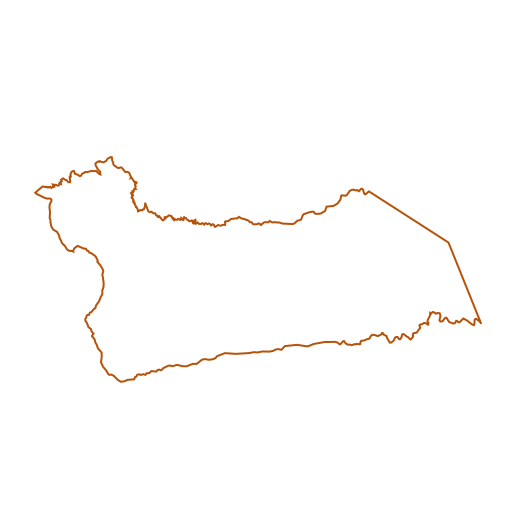 outline of Villavicencio, Meta, Colombia, rotated 338°
{"feature_id": "7082276B6983949832660", "entity_name": "Villavicencio", "entity_type": "district", "adm_level": 2, "iso_a3": "COL", "parent_name": "Colombia", "parent_adm1": "Meta", "projection": "equal_earth", "projection_center": [-73.572, 4.112], "detail": "fine", "context": "isolated", "style": "outline", "palette": "amber", "viewbox_px": 512, "rotation_deg": 338, "n_neighbors": 0, "source": "geoboundaries", "source_scale": "gbopen_adm2", "svg_char_len": 6074}
<svg xmlns="http://www.w3.org/2000/svg" viewBox="0 0 512 512"><g transform="rotate(338 256 256)"><path d="M88.3,183.5L88.6,182.5L90.4,180.8L94.4,179.8L99.3,184.8L101.1,185.5L101.2,187.4L102.5,188.7L102.7,190.3L104.6,192.1L107.1,196.1L107.6,200.9L106.7,201.9L108.3,206.7L108.9,210.7L108.6,213.2L106.7,215.3L105.0,222.7L103.9,225.8L102.8,227.9L100.7,230.2L99.1,234.1L96.8,235.7L93.5,239.2L89.2,241.9L87.4,244.2L86.3,244.2L82.4,246.3L80.7,246.3L79.2,248.0L77.7,247.5L76.8,247.8L75.7,249.3L74.3,250.3L73.7,251.4L73.6,252.6L74.2,255.0L74.0,259.2L75.6,261.9L75.3,264.5L76.3,267.2L74.1,268.5L73.9,269.0L75.1,272.5L74.7,276.3L75.1,278.7L74.8,282.4L76.7,287.6L75.2,291.7L72.5,296.4L72.7,301.4L74.1,305.5L74.9,310.5L75.6,311.3L77.5,311.8L79.3,313.9L81.4,319.0L83.6,322.0L87.3,322.9L90.4,322.7L96.9,324.7L98.4,323.0L99.9,323.0L101.1,321.8L102.0,321.6L103.6,322.1L104.7,323.2L107.1,323.3L109.0,324.8L110.7,323.7L113.1,324.6L115.9,323.5L119.7,325.6L120.6,325.7L122.0,324.8L122.9,324.9L123.8,325.1L124.8,326.2L125.5,326.4L128.3,325.2L133.5,324.9L135.0,325.2L137.3,326.9L142.1,327.4L146.2,330.4L150.3,332.3L156.9,332.3L160.6,333.8L167.1,331.9L170.2,332.5L173.1,334.4L176.4,335.4L180.0,335.6L182.4,334.3L190.7,334.4L200.7,339.2L213.2,343.4L217.8,344.3L221.3,346.0L226.1,346.9L232.7,349.7L236.3,350.4L238.8,350.1L241.2,350.4L244.6,352.5L248.8,350.4L249.5,350.5L260.7,353.7L270.0,359.2L276.8,359.2L287.1,361.4L297.1,365.2L299.2,366.9L300.5,369.3L301.5,369.3L304.7,367.7L305.7,367.8L306.4,370.7L308.2,372.8L310.1,373.4L311.4,374.6L314.1,374.6L315.0,375.3L316.0,375.0L318.7,376.5L319.7,376.6L320.9,374.6L321.6,374.1L325.1,374.9L327.4,374.7L330.2,375.1L332.4,373.2L334.4,372.7L336.1,373.4L338.9,375.9L343.4,375.6L344.0,374.6L344.7,375.1L345.3,377.4L347.0,378.9L346.9,381.7L347.6,386.4L348.9,386.9L352.0,386.0L354.3,383.8L355.6,383.6L356.9,384.1L357.6,386.9L358.5,387.2L360.8,385.5L361.8,383.8L362.8,383.4L363.7,383.8L365.8,387.5L366.8,388.5L367.6,390.9L368.2,391.4L371.4,389.7L372.1,387.4L373.0,386.6L376.4,387.2L379.6,385.0L380.5,384.8L381.4,384.0L381.4,381.9L382.0,381.1L384.7,381.4L386.8,381.0L388.6,382.2L389.4,383.9L390.1,384.1L390.8,382.7L390.5,381.0L391.0,379.9L395.0,376.5L396.1,374.2L396.5,375.1L398.7,374.1L399.7,374.6L401.2,376.9L402.7,376.8L404.8,377.8L404.7,380.5L402.0,384.3L402.4,385.8L404.6,386.4L407.3,384.6L409.1,384.3L409.5,384.9L410.4,389.6L413.9,392.7L415.6,392.6L417.3,391.1L418.1,391.6L418.8,393.2L419.8,393.7L424.8,391.6L427.4,394.7L430.7,400.4L432.1,401.7L432.7,401.4L434.8,397.2L435.6,396.6L436.7,396.7L439.0,400.9L439.4,403.3L439.5,315.6L384.9,238.4L380.7,239.8L380.0,239.5L379.7,238.0L380.1,234.6L379.4,233.3L378.2,233.2L375.6,234.5L374.4,232.7L373.3,232.7L371.3,231.0L369.5,230.6L367.4,230.7L362.7,233.7L361.3,233.5L358.0,231.8L357.5,232.1L355.5,235.2L351.5,237.8L346.7,238.6L339.9,236.7L337.0,240.1L332.4,240.8L330.5,240.6L327.3,239.3L326.6,238.7L326.0,236.6L325.4,236.2L322.9,235.5L315.9,235.1L314.4,236.0L311.5,239.1L307.2,238.9L303.7,240.2L301.9,240.1L292.4,235.7L290.3,233.8L287.6,232.7L287.0,232.0L283.7,231.0L281.8,228.6L279.9,229.4L277.3,228.1L275.7,227.9L272.2,229.1L271.6,227.7L270.6,226.7L269.3,227.0L266.1,226.0L265.1,225.1L264.7,223.2L263.1,222.5L262.6,221.0L261.2,219.2L259.7,218.2L259.1,217.3L257.3,216.4L254.7,213.3L253.1,214.1L246.8,212.3L243.3,213.3L240.6,212.4L240.0,212.7L239.5,215.0L238.9,215.6L237.1,214.7L234.5,214.7L232.5,213.1L229.3,213.7L228.8,213.5L228.6,211.3L227.9,210.3L225.8,210.9L225.3,209.0L224.4,208.2L222.8,208.2L221.8,206.9L221.0,206.6L219.8,207.5L218.5,205.4L217.2,205.7L215.2,204.9L214.5,203.1L212.7,203.6L212.4,201.9L213.4,200.4L213.3,199.7L212.0,200.0L212.0,201.7L211.3,202.9L210.2,202.5L209.8,201.7L210.4,200.1L209.8,198.9L208.4,199.2L207.1,198.8L206.8,197.6L206.1,197.1L205.4,195.8L205.2,194.5L204.3,194.0L203.9,193.1L203.0,193.4L202.5,195.3L202.0,195.5L200.9,194.4L200.6,192.7L199.1,194.0L197.7,192.4L196.6,192.9L194.5,191.9L193.4,192.1L193.2,190.9L192.6,190.2L192.7,189.8L193.5,189.9L192.5,188.5L192.6,187.4L190.5,185.7L187.7,186.5L186.4,185.9L186.1,187.1L185.4,186.6L185.0,187.6L183.1,188.2L182.3,186.7L181.7,184.3L180.9,183.6L181.1,182.8L180.5,182.6L179.9,183.2L179.6,182.7L179.5,181.5L179.1,181.5L178.7,180.8L178.5,178.7L176.8,177.9L175.6,175.7L174.2,175.7L172.9,174.3L173.1,165.1L172.0,167.9L169.5,170.7L168.2,170.5L167.7,171.0L165.9,170.0L164.2,170.5L163.9,170.0L163.4,170.1L163.8,168.8L163.6,165.9L163.0,165.5L163.3,164.3L162.9,163.1L163.4,161.2L162.5,160.7L162.4,159.8L163.3,159.2L163.0,158.2L163.4,158.0L163.4,157.3L162.5,155.4L163.5,154.8L163.5,154.1L164.0,154.0L163.8,151.8L164.7,152.7L164.9,150.6L165.5,150.9L166.6,150.4L166.4,149.6L166.9,149.8L168.2,148.3L169.4,148.7L169.1,148.1L170.6,146.3L170.3,145.3L170.6,144.4L172.5,143.6L172.7,143.1L172.3,143.0L172.2,142.3L171.1,142.3L171.2,141.7L170.8,141.3L170.4,138.3L170.0,137.2L169.2,137.0L169.8,136.7L169.5,133.3L169.7,131.7L168.5,129.9L166.3,129.2L164.6,123.8L163.9,123.2L162.0,123.1L160.8,122.5L158.4,118.8L158.1,117.5L158.5,116.3L158.5,113.6L159.3,110.4L158.2,109.8L154.9,110.2L152.7,111.7L149.9,112.0L148.6,111.5L146.8,109.6L146.1,110.0L145.2,109.2L142.9,109.6L141.6,110.4L141.3,111.6L141.8,116.3L143.1,119.6L142.3,122.1L141.3,121.1L139.6,117.2L137.5,116.7L135.9,115.6L130.8,114.9L129.3,114.2L125.3,114.7L124.0,116.0L122.5,115.9L121.1,113.8L118.8,111.8L119.2,109.8L118.8,108.7L116.7,108.8L114.8,110.4L114.0,113.0L113.5,113.3L113.0,112.8L112.6,113.3L111.9,116.8L111.3,117.9L109.8,117.4L108.8,114.8L107.6,113.8L106.2,111.7L103.8,112.3L104.0,113.9L102.6,114.0L102.2,116.1L101.1,114.8L100.6,115.2L100.3,116.4L99.7,116.7L98.4,116.5L97.5,115.3L94.7,113.8L95.2,115.2L95.1,116.3L94.5,116.3L93.7,115.3L93.0,116.0L91.8,116.3L91.2,114.8L90.0,115.1L89.3,114.2L88.5,114.4L87.8,113.4L86.2,113.1L85.3,112.2L83.9,111.6L75.1,114.6L75.7,116.1L81.8,122.9L84.1,124.7L86.1,125.3L87.2,126.3L87.4,127.3L86.7,128.6L84.3,130.6L82.8,133.3L81.4,138.2L78.9,143.6L78.9,145.7L78.1,147.5L77.3,152.1L78.0,155.8L80.6,159.1L81.1,163.5L80.6,165.8L81.0,168.6L80.9,171.0L81.7,173.4L82.5,174.5L83.2,179.0L84.5,181.0L87.0,182.3L88.3,183.5Z" fill="none" stroke="#b45309" stroke-width="2"/></g></svg>